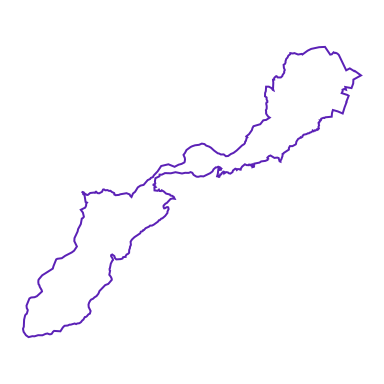 outline of Orlat, Sibiu, Romania
{"feature_id": "2599482B98199012143069", "entity_name": "Orlat", "entity_type": "district", "adm_level": 2, "iso_a3": "ROU", "parent_name": "Romania", "parent_adm1": "Sibiu", "projection": "albers", "projection_center": [23.88, 45.707], "detail": "fine", "context": "isolated", "style": "outline", "palette": "violet", "viewbox_px": 384, "rotation_deg": 0, "n_neighbors": 0, "source": "geoboundaries", "source_scale": "gbopen_adm2", "svg_char_len": 5940}
<svg xmlns="http://www.w3.org/2000/svg" viewBox="0 0 384 384"><path d="M361.0,75.4L354.7,70.9L354.3,71.2L349.8,68.4L346.2,70.3L338.8,54.9L337.4,53.6L335.7,52.8L335.0,53.1L333.6,52.3L331.8,54.3L330.2,54.6L325.0,46.9L319.1,47.2L311.2,48.9L307.6,50.7L302.4,54.5L301.8,53.9L298.1,54.5L294.4,53.1L292.8,53.5L290.3,53.1L290.2,54.2L288.3,55.7L287.5,57.6L286.3,58.8L285.5,61.3L285.6,62.2L285.1,63.7L283.6,64.8L283.9,67.9L284.8,70.0L284.2,71.3L284.2,72.7L282.5,75.2L282.3,76.1L280.9,77.4L280.0,77.5L277.6,77.4L276.6,76.2L276.1,76.2L274.4,77.7L274.1,78.5L274.2,79.6L273.0,79.7L273.3,82.7L273.0,89.0L273.4,90.2L272.8,89.9L271.7,88.2L268.9,86.7L266.1,86.7L265.8,91.2L265.1,93.0L265.0,96.3L266.6,97.5L266.6,99.5L267.4,101.0L267.3,102.2L266.5,102.5L266.2,103.8L266.7,106.0L266.7,108.0L266.6,108.9L265.9,110.1L266.2,112.3L266.0,113.0L266.5,114.3L268.2,116.6L269.7,117.6L266.2,119.9L263.3,120.3L260.3,124.2L253.5,126.2L252.5,128.0L251.9,130.1L249.1,134.1L246.3,136.4L247.3,137.4L246.6,138.0L245.9,140.9L245.2,141.5L245.0,142.9L244.2,144.1L242.0,145.5L236.7,150.5L233.5,152.9L230.9,154.0L228.1,156.0L225.9,156.2L223.7,154.4L220.9,154.5L219.0,153.5L217.8,153.3L214.0,150.5L211.1,147.8L209.1,146.6L206.2,145.6L204.5,144.1L201.8,143.6L199.1,144.8L195.0,145.3L192.3,146.2L190.6,147.0L186.5,150.0L185.0,152.9L183.5,154.9L184.8,157.9L185.0,159.5L184.7,161.7L184.4,162.4L181.6,163.9L178.6,164.7L174.6,166.8L168.4,164.3L161.2,166.0L157.6,171.4L153.7,175.5L152.9,177.1L150.8,177.9L150.1,179.0L147.7,180.1L143.6,184.9L140.5,185.6L137.8,187.4L135.1,191.8L133.0,193.5L131.5,197.0L130.5,196.1L129.6,194.4L126.5,193.2L120.2,194.3L118.9,194.9L115.6,195.2L114.3,194.5L114.4,193.5L114.1,193.0L111.9,192.0L110.5,190.8L109.1,190.9L107.4,190.1L105.3,190.3L103.9,189.4L103.0,189.6L102.0,191.8L99.2,193.3L97.5,193.1L96.1,191.7L95.6,191.8L95.3,192.7L94.9,192.8L93.7,192.6L90.2,193.0L88.0,194.8L87.1,195.0L84.7,193.6L83.6,192.3L81.7,191.8L83.1,192.8L83.2,194.2L84.5,195.1L85.6,202.0L87.0,202.6L86.2,203.7L86.1,205.7L85.2,207.6L80.8,209.8L82.9,212.6L83.9,216.8L82.7,218.2L81.8,218.6L80.8,224.1L78.1,229.1L77.6,231.5L74.5,238.1L74.3,241.1L76.9,246.5L74.1,250.7L71.8,252.4L65.2,255.8L61.8,258.2L57.3,258.8L56.2,259.4L53.5,266.1L52.8,268.6L42.2,275.3L38.7,279.5L38.4,280.3L38.3,282.2L38.6,284.3L39.4,285.3L39.7,286.7L41.7,290.2L42.0,291.5L36.9,296.2L34.6,297.2L31.1,297.5L29.4,298.5L26.5,305.7L26.8,308.2L27.7,309.8L27.7,310.6L26.8,313.7L25.7,314.5L25.1,315.5L24.1,319.7L23.8,326.7L23.0,328.9L23.6,331.8L26.0,335.3L28.6,337.1L32.3,336.2L34.6,336.3L38.1,335.2L42.4,335.3L45.5,333.9L47.4,333.5L49.5,334.3L50.8,334.2L51.8,333.7L53.0,331.8L54.1,330.9L60.4,331.3L62.9,327.4L64.5,325.8L67.8,325.5L69.4,324.7L70.6,324.7L74.7,323.5L76.1,324.1L77.2,323.5L79.4,323.2L81.0,322.1L82.2,320.5L83.4,319.6L84.8,317.1L85.7,317.0L86.8,316.3L88.4,314.4L89.9,313.6L90.6,311.0L88.7,307.1L88.5,304.6L89.1,302.7L90.1,300.8L91.1,299.6L93.1,298.7L94.4,297.4L96.5,296.1L98.4,293.7L99.5,291.0L105.2,285.1L108.3,283.9L111.8,279.8L111.6,278.4L110.7,276.6L109.3,274.8L110.1,270.7L109.6,270.1L109.6,268.7L109.9,268.3L110.8,263.7L112.2,260.9L113.0,260.0L112.6,258.5L111.1,256.2L111.1,255.2L112.2,254.5L114.3,256.0L115.1,258.3L116.3,259.4L120.7,259.1L122.5,258.5L123.2,257.1L125.5,256.9L125.4,256.5L126.6,254.5L128.0,253.9L129.1,252.8L129.2,250.0L130.0,247.9L129.9,247.1L130.9,244.9L130.6,241.7L131.9,239.6L134.4,237.2L140.2,233.3L140.8,231.7L142.6,231.2L143.2,230.1L144.0,230.0L145.6,228.2L148.9,226.7L150.1,225.6L151.9,225.6L153.7,224.7L158.0,221.6L158.8,220.3L159.7,220.2L161.3,218.6L162.4,218.3L165.1,216.0L167.4,213.0L167.5,211.5L168.6,209.1L168.2,207.3L167.6,207.1L166.7,207.2L164.8,208.3L164.1,208.3L163.5,206.9L163.6,205.6L165.5,203.6L166.8,203.0L170.5,199.0L172.5,198.5L174.7,198.8L173.7,196.8L172.1,195.8L170.5,195.5L169.8,194.5L166.1,193.6L163.8,191.5L161.7,190.3L161.0,191.1L159.6,191.0L158.9,189.6L157.6,190.8L154.5,190.4L154.4,187.5L155.6,187.1L155.2,186.7L155.3,186.3L153.4,184.9L153.6,184.4L155.0,184.0L155.3,183.5L154.9,181.6L155.4,178.2L159.4,176.3L159.6,174.6L161.7,174.7L165.0,173.1L170.8,173.3L175.5,172.2L182.0,173.5L185.1,172.8L188.7,172.9L190.6,172.1L192.3,172.8L193.6,174.9L196.4,176.6L198.1,176.8L200.7,176.2L203.5,176.4L210.1,173.2L212.5,171.4L213.5,169.4L215.7,167.4L217.0,167.4L218.2,166.7L219.9,167.3L221.3,168.5L220.6,169.0L220.9,169.7L219.9,169.9L219.7,169.4L219.2,169.7L218.6,168.8L218.3,169.6L217.8,173.9L217.1,176.3L217.6,176.4L217.9,174.9L218.4,176.7L219.0,177.0L219.4,176.8L219.9,175.3L220.4,175.0L220.3,174.4L221.4,174.1L221.8,173.1L223.2,171.9L223.9,173.3L224.5,172.3L225.0,172.9L226.0,172.1L227.9,172.4L228.9,173.3L230.4,173.6L232.5,172.1L233.0,170.5L235.3,168.7L236.1,168.9L236.8,170.0L237.7,169.1L240.0,169.2L240.2,169.7L240.7,169.7L240.9,168.5L242.1,166.6L244.9,164.3L246.6,165.1L248.8,165.2L249.0,164.6L249.8,164.6L252.4,166.5L252.4,167.2L253.9,166.8L254.1,166.1L251.3,164.6L252.6,164.2L254.0,164.6L254.4,164.1L254.4,163.6L259.5,162.6L261.2,161.4L265.3,160.9L267.5,160.0L267.6,159.2L268.2,158.8L267.4,157.6L268.8,156.2L270.5,155.5L274.4,157.9L277.2,157.6L278.6,158.0L279.6,161.3L280.5,161.7L280.5,160.6L281.3,159.4L282.5,156.0L282.6,153.9L283.4,153.7L283.7,153.0L288.9,149.6L288.9,148.0L289.9,146.1L292.5,146.1L295.7,144.4L296.0,143.9L296.4,141.6L298.2,138.9L300.4,137.8L300.6,137.3L301.2,137.6L302.4,136.8L302.6,135.8L303.7,134.7L306.5,134.1L307.8,133.3L308.9,133.3L309.7,132.6L310.6,132.5L312.4,131.3L312.9,131.3L312.9,130.6L313.9,131.1L314.6,130.4L315.5,130.6L317.0,129.3L317.5,129.8L318.2,129.4L318.1,129.0L318.9,128.3L318.4,127.1L318.7,126.2L319.1,125.2L318.6,123.7L319.2,122.7L318.8,122.4L320.2,120.9L320.0,120.4L320.6,120.5L321.0,120.0L321.2,118.7L323.5,117.8L324.5,118.0L325.3,117.3L331.7,116.7L332.0,113.1L332.9,110.0L337.8,111.4L342.7,113.5L344.6,107.3L346.6,102.1L346.3,101.9L348.7,95.8L347.5,95.0L341.7,93.1L342.7,91.0L342.5,89.7L344.1,89.0L346.0,89.7L345.3,87.0L351.5,88.1L353.2,83.5L353.4,79.6L361.0,75.4Z" fill="none" stroke="#5b21b6" stroke-width="2"/></svg>